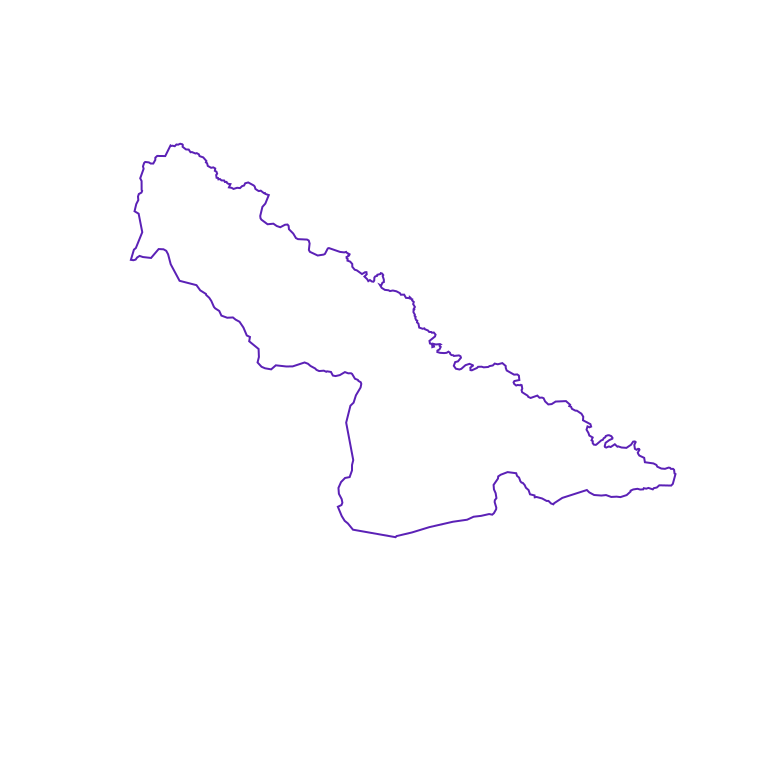 outline of Wenchi Municipal, Brong Ahafo, Ghana, rotated 112°
{"feature_id": "2480657B27014820297576", "entity_name": "Wenchi Municipal", "entity_type": "district", "adm_level": 2, "iso_a3": "GHA", "parent_name": "Ghana", "parent_adm1": "Brong Ahafo", "projection": "robinson", "projection_center": [-2.148, 7.803], "detail": "fine", "context": "isolated", "style": "outline", "palette": "violet", "viewbox_px": 768, "rotation_deg": 112, "n_neighbors": 0, "source": "geoboundaries", "source_scale": "gbopen_adm2", "svg_char_len": 6149}
<svg xmlns="http://www.w3.org/2000/svg" viewBox="0 0 768 768"><g transform="rotate(112 384 384)"><path d="M515.1,380.8L522.3,373.7L525.6,369.2L526.8,365.3L530.7,358.2L521.7,315.9L520.3,315.4L511.2,302.5L499.7,288.3L485.9,268.5L478.7,256.1L473.5,251.2L469.9,244.6L465.2,237.8L464.6,234.7L462.6,233.7L458.1,233.1L456.5,233.6L452.0,237.2L450.2,237.7L447.7,237.0L443.4,239.6L440.5,242.6L436.5,244.6L429.0,242.9L426.9,243.5L424.3,241.7L419.4,236.4L417.2,228.0L419.3,226.3L420.2,223.7L423.1,221.1L423.9,219.6L423.7,218.3L425.0,215.7L427.0,213.6L428.2,210.2L431.6,207.3L430.9,202.7L432.6,201.8L431.6,200.2L430.9,194.5L431.5,189.4L430.8,187.7L432.2,184.4L432.1,181.9L430.8,181.6L422.8,176.0L406.3,156.2L407.6,153.1L408.2,147.6L406.0,140.7L403.8,136.5L403.6,131.0L401.3,126.1L400.3,122.4L396.1,117.4L391.4,115.1L390.5,115.4L388.4,113.4L386.2,109.7L385.9,107.0L384.6,104.2L383.3,104.1L382.8,101.6L381.3,99.9L381.0,95.3L379.5,94.8L377.8,92.3L374.8,90.8L370.6,79.7L368.4,78.8L358.3,80.0L358.1,81.1L354.9,82.9L354.4,84.2L355.2,86.2L354.6,87.4L354.9,88.8L357.4,91.7L358.5,95.2L358.3,99.6L357.0,101.1L356.7,104.4L358.8,112.8L355.0,115.1L354.7,120.5L353.4,122.3L352.6,123.0L349.3,122.5L348.7,123.1L348.9,124.1L350.4,125.2L350.1,127.1L346.7,129.1L343.6,128.9L343.3,129.9L344.1,131.4L347.8,132.2L352.4,135.3L353.9,140.0L354.1,143.5L354.7,144.1L353.4,147.4L357.5,150.2L357.7,152.1L359.7,154.2L359.6,155.5L358.9,156.1L355.5,156.5L351.5,154.0L349.2,151.8L348.4,151.9L347.2,153.7L347.2,156.2L347.8,157.4L349.2,158.9L350.5,158.9L352.0,160.0L353.8,160.2L354.8,161.4L360.4,164.3L361.1,164.8L361.6,166.8L360.6,168.4L358.8,169.0L358.5,170.5L355.4,170.5L354.9,174.3L352.7,176.2L350.5,179.1L347.1,179.4L347.2,177.3L345.9,176.0L343.9,177.6L343.1,185.9L339.7,187.0L337.6,189.8L336.5,195.2L337.0,196.6L336.6,200.5L335.0,202.0L335.1,203.9L333.5,203.7L331.7,208.9L336.0,218.3L339.8,221.0L341.4,224.0L339.8,228.1L337.4,230.7L337.4,232.4L338.5,234.7L337.3,237.5L342.0,242.8L341.9,245.4L341.0,246.5L339.9,252.8L338.1,254.2L336.6,254.0L333.5,255.9L333.5,256.8L334.1,257.1L334.9,259.8L335.9,260.9L335.1,263.4L333.9,264.5L332.4,264.2L329.6,260.0L325.7,262.1L325.2,264.0L326.6,266.9L325.5,275.3L323.4,277.2L321.7,277.9L320.3,282.1L323.1,285.9L323.6,289.0L326.1,290.1L327.8,292.8L329.2,293.8L331.2,297.8L331.4,300.0L332.8,303.2L334.3,303.8L338.4,307.7L338.7,309.0L336.4,310.1L333.7,308.4L333.3,308.7L333.3,312.3L336.0,315.5L341.0,318.0L342.3,319.5L342.9,323.1L341.0,326.1L337.0,326.2L335.3,323.9L330.8,322.5L329.6,323.5L329.4,325.2L331.8,329.7L331.4,330.4L331.9,332.3L331.2,334.0L330.3,334.6L329.9,336.4L331.6,337.6L332.8,339.8L334.1,343.7L334.4,346.5L333.0,347.0L331.1,345.5L328.4,345.3L327.9,346.7L326.9,347.2L326.1,346.4L326.0,347.0L327.9,350.7L328.3,353.3L330.6,351.6L331.7,353.0L330.0,353.7L329.0,355.4L329.2,356.6L327.0,358.0L320.8,354.5L318.9,354.7L317.6,357.1L318.5,358.8L318.1,359.6L318.8,361.6L317.9,363.3L317.9,366.6L317.3,367.4L318.3,368.8L318.5,372.5L315.1,374.7L314.5,376.5L312.8,376.9L312.6,378.3L311.0,379.8L309.9,379.8L309.3,381.2L308.1,381.4L306.5,383.5L305.1,384.1L303.5,383.9L303.4,384.6L301.0,384.2L299.0,386.9L296.8,387.1L296.0,389.2L294.9,389.5L295.0,391.7L294.1,391.7L293.8,392.7L294.8,392.4L295.9,395.9L293.6,398.8L294.9,401.8L293.8,403.3L293.4,407.2L294.0,410.8L295.6,413.3L295.4,414.9L296.4,418.5L295.7,422.2L293.7,424.9L293.8,423.5L290.7,423.4L289.5,422.3L287.2,423.3L284.4,425.7L283.3,425.5L282.3,427.1L282.4,428.5L283.5,428.7L285.2,431.1L286.3,430.9L287.5,432.4L288.9,432.8L291.8,431.8L293.1,432.1L293.5,433.7L292.9,436.0L294.5,437.1L293.1,438.9L291.7,442.4L288.8,441.1L286.9,442.2L287.4,443.4L290.3,445.6L288.8,451.8L289.0,454.0L287.2,457.3L284.6,458.4L283.2,461.2L283.3,464.1L281.7,464.5L281.4,465.7L280.3,466.3L279.1,465.2L278.2,465.3L277.9,464.5L276.6,464.5L276.2,468.0L275.7,468.6L276.9,470.2L278.0,474.3L278.6,486.0L279.4,486.9L285.5,487.5L286.6,488.4L289.7,493.6L289.2,502.3L287.8,503.9L281.6,505.6L279.2,507.5L278.9,509.4L281.9,518.0L281.7,520.3L278.5,524.5L276.1,530.1L273.1,531.7L272.3,533.2L273.4,535.4L277.5,538.9L277.7,542.6L276.8,546.6L279.5,551.8L277.6,559.1L276.7,560.5L274.6,561.7L265.3,563.1L261.2,561.6L252.0,561.6L252.2,565.4L251.5,566.0L252.0,566.9L250.9,570.7L252.0,572.3L251.9,573.5L251.3,576.3L249.3,577.9L248.7,579.2L248.0,585.4L249.9,587.9L252.4,588.1L253.7,589.7L256.3,590.9L257.1,593.7L259.5,596.6L259.2,598.7L259.8,601.4L256.2,601.3L256.7,603.1L256.5,604.6L255.6,605.7L256.3,607.2L255.2,608.4L256.1,611.0L255.4,612.9L256.3,614.2L255.2,615.0L255.5,616.5L253.1,617.9L251.5,617.5L249.9,618.9L249.7,620.7L247.4,621.2L247.1,623.4L248.3,625.3L247.8,629.1L245.6,630.7L245.2,632.2L243.8,632.2L241.6,636.5L241.8,640.4L240.4,641.7L240.1,644.1L240.9,645.2L240.9,649.0L241.6,650.2L239.8,652.9L240.7,655.5L239.5,659.6L237.7,660.1L237.3,660.8L237.6,663.0L239.2,664.5L239.7,666.2L241.9,667.1L242.3,669.4L243.0,670.5L242.8,671.3L254.6,672.2L257.5,679.7L259.8,680.8L261.9,680.0L266.0,680.5L267.0,682.9L266.6,685.0L267.6,688.6L268.9,689.2L272.5,689.0L274.5,687.5L284.6,687.1L286.6,684.8L294.9,681.4L295.5,680.6L297.4,680.6L299.7,682.5L302.4,682.3L305.5,680.7L310.0,681.1L317.3,680.0L318.0,675.3L333.8,665.0L350.9,665.0L353.1,666.2L363.7,665.2L363.1,662.7L361.7,660.9L359.2,660.3L356.8,658.6L356.6,655.1L354.4,647.2L343.3,643.5L341.7,638.9L342.1,635.8L344.6,632.8L352.9,626.6L364.9,612.2L362.6,594.9L366.0,589.5L367.2,582.8L368.1,582.2L369.5,578.4L371.7,575.2L376.2,570.6L377.1,568.9L378.0,564.1L381.5,560.4L381.3,554.2L378.9,549.0L379.9,545.7L380.4,541.3L384.3,535.5L390.4,529.4L390.6,525.9L394.9,525.0L398.5,513.4L405.8,510.1L411.4,509.3L413.9,504.0L414.0,500.2L412.7,494.1L407.2,491.3L404.4,481.3L401.9,475.3L393.8,465.7L393.7,462.1L394.8,458.9L395.4,453.6L396.2,451.9L396.3,449.0L394.2,444.8L394.3,442.1L393.6,441.6L392.7,437.7L395.3,434.6L395.2,433.9L394.8,431.9L392.3,428.3L387.6,424.7L387.5,421.2L386.4,418.6L386.6,417.4L390.0,412.9L390.0,409.8L390.7,408.9L391.1,406.2L392.4,405.1L396.0,404.4L405.0,405.8L412.7,405.2L416.7,407.0L434.0,404.6L466.1,384.0L471.1,383.3L476.1,381.3L483.2,381.0L485.7,384.9L491.0,387.1L497.4,387.3L502.7,384.7L506.6,380.1L509.7,378.1L512.2,378.1L515.1,380.8Z" fill="none" stroke="#5b21b6" stroke-width="2"/></g></svg>